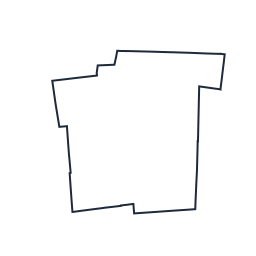 Gemenele, Braila, Romania, rotated 284°
{"feature_id": "2599482B65666711084077", "entity_name": "Gemenele", "entity_type": "district", "adm_level": 2, "iso_a3": "ROU", "parent_name": "Romania", "parent_adm1": "Braila", "projection": "mercator", "projection_center": [27.647, 45.284], "detail": "fine", "context": "isolated", "style": "outline", "palette": "slate", "viewbox_px": 256, "rotation_deg": 284, "n_neighbors": 0, "source": "geoboundaries", "source_scale": "gbopen_adm2", "svg_char_len": 1029}
<svg xmlns="http://www.w3.org/2000/svg" viewBox="0 0 256 256"><g transform="rotate(284 128 128)"><path d="M187.8,208.4L188.1,208.3L195.9,207.4L207.8,205.9L215.3,205.0L222.9,204.0L222.6,201.8L222.4,199.6L222.2,199.6L222.1,199.0L221.5,196.3L219.4,186.6L216.0,170.2L212.5,154.0L212.1,152.3L210.2,143.6L209.6,140.8L207.7,132.0L202.3,107.8L202.2,107.8L201.8,105.8L201.1,102.9L200.7,100.7L200.5,99.7L200.3,99.1L200.3,98.9L193.5,99.3L192.6,99.3L186.1,99.5L185.2,96.4L184.5,94.1L181.4,83.5L173.9,84.3L171.4,85.2L165.6,69.8L165.2,68.7L155.5,43.1L134.1,51.8L112.5,61.1L115.0,68.3L97.8,73.9L86.3,77.7L86.2,77.8L70.6,83.2L70.1,82.3L47.0,89.8L33.1,94.4L33.3,95.0L36.5,103.0L42.7,118.9L44.0,122.3L45.7,126.4L45.7,126.6L50.7,139.9L51.1,139.8L53.2,145.4L55.5,151.2L55.6,151.6L46.6,154.6L54.2,178.0L57.2,187.2L65.5,212.9L73.5,211.2L91.2,207.6L104.5,205.0L106.1,204.6L108.4,204.1L125.5,200.3L132.0,198.8L132.0,199.1L137.9,197.8L149.3,195.2L160.8,192.6L185.6,187.0L187.8,207.9L187.8,208.4Z" fill="none" stroke="#1e293b" stroke-width="2"/></g></svg>